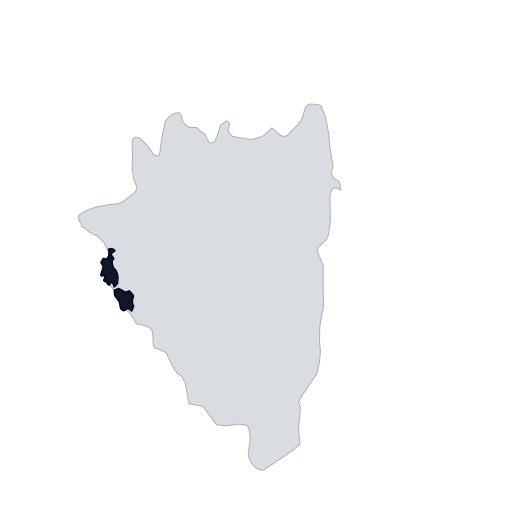 where Posavina sits in Bosnia and Herzegovina, rotated 228°
{"feature_id": "BIH-3153", "entity_name": "Posavina", "entity_type": "Canton", "adm_level": 1, "iso_a3": "BIH", "parent_name": "Bosnia and Herzegovina", "parent_adm1": "", "projection": "robinson", "projection_center": [18.542, 44.999], "detail": "fine", "context": "in_parent", "style": "filled", "palette": "ink", "viewbox_px": 512, "rotation_deg": 228, "n_neighbors": 0, "source": "natural_earth", "source_scale": "10m", "svg_char_len": 3216}
<svg xmlns="http://www.w3.org/2000/svg" viewBox="0 0 512 512"><g transform="rotate(228 256 256)"><path d="M404.2,150.3L404.9,152.7L402.9,161.3L399.2,170.5L393.2,180.0L386.9,189.0L385.3,193.8L384.9,201.4L384.1,207.4L385.0,210.6L387.0,213.7L394.1,216.1L403.6,222.1L411.6,229.9L422.0,238.8L425.2,242.1L425.2,245.6L422.2,248.2L413.4,249.2L404.2,248.5L400.7,247.6L397.4,248.6L395.4,250.7L396.5,253.0L405.9,263.8L417.0,279.3L417.6,286.0L416.3,291.2L413.8,294.8L409.2,294.2L405.7,291.4L400.4,291.6L396.3,292.4L391.0,298.0L388.4,297.8L383.8,298.6L380.9,299.7L376.3,298.1L371.6,297.0L369.5,298.7L368.6,302.0L371.5,308.0L377.1,317.3L376.3,324.4L372.0,325.2L368.1,319.2L364.6,318.3L360.7,318.5L351.7,325.4L345.0,331.1L343.5,335.2L341.1,339.6L340.4,342.8L340.6,353.4L328.6,355.1L326.0,356.7L324.6,359.9L325.6,373.5L326.6,380.9L333.4,392.2L333.7,395.7L332.7,398.1L327.8,402.6L325.5,404.2L323.9,404.7L315.9,401.8L312.1,400.4L296.1,390.4L289.1,384.8L277.9,377.6L271.1,373.4L267.6,367.2L262.1,365.7L255.6,367.7L248.3,363.2L253.5,360.9L254.8,358.6L254.2,355.7L251.9,351.8L232.2,334.6L222.6,322.9L221.1,318.8L221.0,307.6L218.8,304.9L204.3,299.8L188.2,285.3L171.7,271.1L169.5,267.1L161.0,256.3L150.6,246.5L142.3,240.3L135.6,233.2L128.1,223.2L124.3,208.2L121.0,194.9L118.7,189.7L113.9,187.9L99.2,172.1L86.8,162.9L87.0,153.0L89.3,136.4L91.9,117.9L95.0,115.3L100.7,113.9L107.3,114.4L112.9,116.7L124.1,129.4L130.5,134.3L136.0,136.3L142.3,130.9L150.2,119.7L157.0,113.8L179.8,115.9L191.1,107.3L209.1,118.6L216.6,120.3L220.8,118.8L226.5,119.5L239.2,122.8L242.2,124.2L246.0,124.0L255.4,119.5L258.6,120.1L269.3,128.8L274.7,128.9L281.3,125.1L285.5,121.9L297.8,124.3L304.9,122.8L310.8,122.7L317.1,124.2L322.9,126.2L328.6,127.9L343.9,128.8L351.2,134.3L354.1,139.7L354.2,143.0L354.9,146.5L359.2,150.0L368.4,152.0L374.2,151.6L377.2,151.3L385.1,148.2L394.3,146.6L401.0,148.5L404.2,150.3Z" fill="#d9dde1" stroke="#a8b0b8" stroke-width="1"/><path d="M328.0,130.0L328.8,130.4L331.1,131.2L333.2,131.2L333.1,129.7L332.6,128.4L332.7,127.6L332.7,127.4L334.0,127.0L334.7,127.0L336.1,127.3L336.8,127.3L337.4,127.1L338.6,126.5L339.2,126.4L339.9,126.6L340.2,127.1L340.8,128.6L341.3,129.4L342.0,130.1L342.7,130.4L343.5,130.0L343.8,129.5L343.9,128.9L344.2,128.2L344.7,127.8L345.3,127.8L345.8,128.0L346.2,128.5L349.5,134.4L350.5,135.5L351.6,135.9L354.0,136.1L354.6,136.3L355.0,136.6L355.2,137.0L355.5,137.7L355.5,137.9L355.5,138.5L355.6,138.9L355.8,139.2L356.2,139.7L356.4,140.1L356.1,141.2L354.2,142.4L353.6,143.5L354.5,146.7L357.5,149.5L359.7,150.8L359.5,151.2L359.1,152.6L356.5,154.6L354.3,154.6L354.3,153.4L354.6,151.2L354.2,149.7L353.3,149.0L351.0,148.9L349.2,148.5L348.9,146.2L346.6,144.1L342.9,142.3L339.1,142.3L335.6,141.1L332.1,138.8L329.4,135.9L328.2,134.7L327.9,131.3L328.0,130.0ZM306.6,120.2L308.8,120.9L312.7,123.4L314.0,123.9L320.2,124.4L321.9,125.0L323.4,126.2L325.4,128.0L324.7,129.4L324.1,131.9L322.0,132.9L319.0,133.9L316.6,134.7L315.9,136.2L315.2,137.6L314.8,138.6L312.9,138.6L310.1,138.6L308.2,138.2L306.1,134.9L304.2,133.1L302.6,131.9L300.9,131.8L299.9,130.3L298.5,127.3L298.4,126.7L299.2,126.7L301.1,126.3L302.7,125.5L303.3,124.3L303.3,123.0L303.5,121.6L304.5,120.6L306.6,120.2Z" fill="#0f172a" stroke="#020617" stroke-width="1.5"/></g></svg>